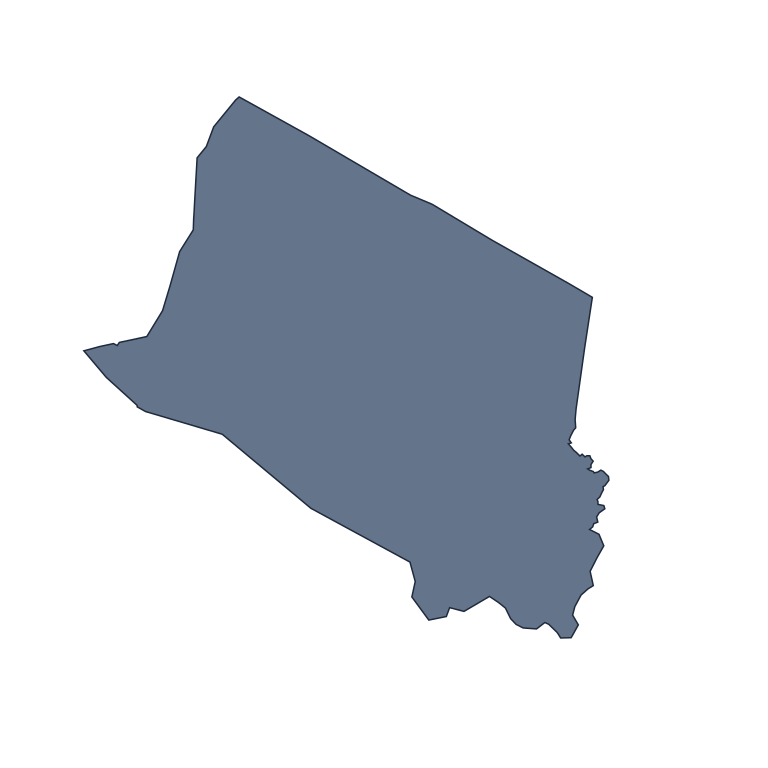 Pano Platres, Limassol, Cyprus (Mercator projection), rotated 297°
{"feature_id": "46923920B86921614956899", "entity_name": "Pano Platres", "entity_type": "district", "adm_level": 2, "iso_a3": "CYP", "parent_name": "Cyprus", "parent_adm1": "Limassol", "projection": "mercator", "projection_center": [32.875, 34.909], "detail": "fine", "context": "isolated", "style": "filled", "palette": "slate", "viewbox_px": 768, "rotation_deg": 297, "n_neighbors": 0, "source": "geoboundaries", "source_scale": "gbopen_adm2", "svg_char_len": 1539}
<svg xmlns="http://www.w3.org/2000/svg" viewBox="0 0 768 768"><g transform="rotate(297 384 384)"><path d="M300.9,129.3L297.2,128.9L297.2,124.6L288.4,113.8L277.3,101.5L263.8,133.6L252.9,173.7L251.6,174.5L251.2,184.1L265.8,262.7L240.0,375.6L240.0,377.1L237.1,488.0L222.2,501.5L206.9,505.5L194.0,531.1L205.1,545.1L214.5,544.0L217.7,558.5L233.5,568.6L242.6,574.4L241.3,585.2L239.5,593.9L232.4,603.4L229.8,610.8L229.8,618.7L235.0,631.1L244.5,635.6L244.7,639.8L241.3,650.9L240.2,652.9L238.8,655.2L237.9,656.7L242.9,665.9L246.5,666.1L257.6,666.5L263.7,657.0L272.3,655.1L285.5,655.4L294.1,658.8L299.4,662.0L310.7,652.7L326.2,652.7L339.6,653.3L347.7,643.8L347.7,633.2L351.4,634.8L354.8,634.3L358.0,637.2L362.1,633.8L366.9,634.2L373.1,637.4L375.5,635.1L373.9,629.3L376.5,627.9L377.8,626.3L381.4,627.6L386.3,627.4L389.5,627.5L392.0,625.8L392.9,626.4L393.5,626.9L400.3,628.1L403.5,626.0L404.7,622.0L405.7,619.3L405.7,616.3L402.6,614.5L400.2,611.6L401.0,610.3L400.6,606.5L400.8,604.0L403.5,606.4L406.2,605.0L410.2,605.4L411.4,602.3L413.5,600.0L412.2,597.3L410.3,596.2L411.4,592.4L408.8,591.3L410.3,586.6L411.2,582.8L412.3,580.6L414.4,575.4L416.6,577.6L418.3,574.3L422.3,573.9L428.9,573.9L432.0,574.7L439.2,570.4L448.9,566.5L508.1,546.1L555.8,530.3L557.4,503.2L561.2,414.7L566.0,345.3L564.3,321.9L564.7,314.9L571.2,204.2L574.0,124.6L569.8,122.9L535.8,115.5L514.9,117.9L500.7,114.8L466.6,129.8L446.5,138.7L446.3,138.7L434.7,144.1L409.2,141.8L374.3,148.8L348.8,153.4L318.6,151.1L300.9,129.3Z" fill="#64748b" stroke="#1e293b" stroke-width="1.5"/></g></svg>